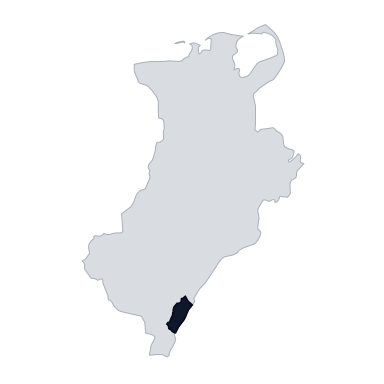 Kerki, Chardzhou, Turkmenistan shown in context, rotated 87°
{"feature_id": "10190150B1660542161476", "entity_name": "Kerki", "entity_type": "district", "adm_level": 2, "iso_a3": "TKM", "parent_name": "Turkmenistan", "parent_adm1": "Chardzhou", "projection": "mercator", "projection_center": [64.9, 38.442], "detail": "fine", "context": "in_parent", "style": "filled", "palette": "ink", "viewbox_px": 384, "rotation_deg": 87, "n_neighbors": 0, "source": "geoboundaries", "source_scale": "gbopen_adm2", "svg_char_len": 4542}
<svg xmlns="http://www.w3.org/2000/svg" viewBox="0 0 384 384"><g transform="rotate(87 192 192)"><path d="M109.2,124.1L127.6,125.1L133.2,125.9L135.6,123.2L135.5,122.6L134.6,122.0L133.2,120.1L132.0,107.6L133.6,105.8L135.5,104.5L138.1,100.5L139.5,99.3L141.6,98.3L148.7,98.0L151.6,97.2L154.2,92.7L154.7,90.0L156.6,87.9L157.7,88.0L162.5,89.8L163.5,90.7L165.1,94.0L166.9,93.8L167.2,93.3L166.9,92.5L165.6,90.5L162.6,86.7L159.7,84.3L159.4,83.5L161.9,81.6L167.0,82.4L168.2,81.8L169.5,78.8L176.2,85.6L177.4,86.3L182.7,87.2L183.6,88.1L185.4,92.0L187.2,93.1L189.4,93.8L198.9,93.9L201.8,96.5L202.3,97.2L201.7,99.0L201.5,102.5L200.8,104.0L201.3,104.6L204.6,106.0L206.6,108.3L206.8,109.2L206.2,109.9L204.6,109.6L203.9,110.6L203.9,112.4L205.0,114.1L205.3,115.7L203.7,119.3L203.7,120.9L204.2,121.7L212.6,127.2L214.0,127.3L222.2,126.4L223.7,127.0L230.8,128.2L232.8,128.0L234.2,126.2L235.5,125.6L236.7,125.5L240.1,126.6L243.7,129.0L246.1,131.1L247.3,133.0L250.5,143.6L252.7,148.0L255.2,150.2L257.0,154.3L258.5,163.3L259.5,165.1L263.4,168.6L283.1,183.1L289.1,189.5L298.3,195.7L301.7,195.0L308.9,201.5L313.5,204.0L319.4,207.9L331.8,216.8L334.5,217.2L337.4,215.9L340.1,216.6L344.7,218.9L349.7,222.3L354.0,223.5L355.2,225.0L355.3,225.8L352.9,230.1L352.5,235.5L352.8,242.8L351.6,242.9L343.2,240.9L335.3,236.4L333.4,237.9L332.4,239.4L330.4,245.6L319.7,246.0L313.4,249.1L307.6,269.4L306.3,271.9L302.8,275.2L296.7,278.4L295.7,279.7L295.5,280.9L294.7,281.3L291.3,281.3L278.4,285.7L275.6,285.7L274.4,286.0L273.9,286.8L275.3,290.8L274.2,292.0L273.4,294.0L272.7,297.4L264.2,302.8L262.4,303.5L259.0,302.9L257.3,303.5L255.4,305.2L254.6,304.7L254.2,303.0L253.2,301.8L248.0,297.5L241.9,298.2L239.6,297.8L237.8,297.1L235.0,294.6L233.2,292.2L231.3,292.5L230.7,291.4L230.7,290.1L231.2,288.5L231.1,285.4L230.0,283.3L228.8,282.3L230.1,278.8L230.1,276.2L229.3,273.4L228.9,269.3L229.2,265.3L228.0,263.2L210.0,263.4L203.6,254.0L200.9,251.7L192.0,247.7L189.5,245.6L187.5,243.3L187.0,240.0L186.0,238.1L184.6,237.8L177.6,234.1L174.8,233.1L170.9,234.0L168.6,232.9L166.0,234.4L164.9,234.5L162.0,233.6L158.4,230.2L155.5,228.8L149.2,226.6L144.9,225.9L141.0,224.6L140.6,224.1L140.5,221.2L139.9,220.0L138.8,218.5L137.3,217.5L130.7,217.6L127.6,216.5L125.2,216.3L119.9,216.5L118.2,217.3L117.2,218.2L116.6,221.0L116.0,221.4L110.9,221.5L100.0,220.9L95.4,222.3L88.4,226.7L84.3,230.3L83.1,231.9L80.7,238.4L79.7,239.3L78.3,240.0L76.9,240.2L70.5,242.7L68.0,243.3L61.5,243.0L60.0,233.5L59.5,225.9L60.2,215.4L59.8,208.7L60.9,198.3L60.5,195.8L57.2,191.2L56.7,188.1L54.7,187.9L51.4,185.2L48.2,184.1L46.6,184.1L45.1,184.9L44.1,186.4L43.3,184.0L43.3,181.4L45.9,176.1L47.5,177.7L49.4,178.3L54.4,178.0L53.9,176.2L51.3,174.3L50.8,171.9L51.0,169.4L51.7,167.1L50.9,166.1L49.8,165.6L47.1,165.6L40.1,164.7L39.3,167.5L41.3,171.1L38.1,167.0L35.9,162.7L34.5,157.7L34.3,152.3L37.0,143.6L39.1,132.8L41.8,137.3L43.8,139.3L48.1,140.6L50.2,140.3L52.5,139.1L54.6,139.5L58.1,144.2L60.5,144.7L65.6,142.9L68.0,142.5L70.1,143.3L72.2,143.3L71.3,141.2L70.9,139.0L72.2,137.9L76.2,139.1L79.4,137.9L79.9,137.3L80.2,135.5L79.8,131.8L79.0,130.2L77.2,128.0L70.1,122.8L67.7,120.7L65.7,118.0L62.5,107.2L60.0,100.3L59.0,99.5L54.9,98.9L47.0,100.6L44.2,100.2L42.9,101.0L39.7,103.9L38.2,106.4L36.2,112.1L37.7,113.9L36.5,123.5L37.2,127.5L37.0,127.8L34.6,122.8L31.4,117.7L28.7,109.9L33.4,104.9L37.4,101.2L41.7,98.5L46.2,96.7L56.3,93.9L61.8,92.9L66.3,92.7L69.8,94.4L79.2,100.7L83.3,104.2L84.4,105.6L85.5,109.0L92.4,119.9L94.0,121.4L96.7,124.9L99.2,125.9L109.2,124.1ZM43.0,200.1L42.7,201.5L41.5,197.3L40.9,192.7L41.7,191.4L42.6,191.5L41.7,193.2L43.0,200.1Z" fill="#d9dde1" stroke="#a8b0b8" stroke-width="1"/><path d="M303.4,198.9L301.2,201.3L299.1,202.5L295.9,204.0L296.1,204.2L295.9,204.2L295.9,204.4L296.9,205.7L297.7,206.6L297.8,207.6L297.8,208.1L300.9,208.6L301.4,209.1L302.5,210.6L302.3,211.7L302.3,212.7L303.8,214.1L305.8,216.0L307.3,216.5L308.5,216.9L309.1,217.1L310.1,216.8L310.3,216.9L311.4,217.5L312.0,217.6L313.8,217.9L314.2,218.0L316.2,219.1L316.6,219.4L318.2,220.1L319.5,220.7L320.2,220.8L321.1,222.2L321.1,223.0L321.5,223.2L321.9,223.6L322.6,224.1L323.3,223.4L323.7,223.1L323.9,222.9L324.6,222.7L324.8,222.6L325.2,222.5L325.2,222.4L326.9,222.4L327.6,221.9L327.8,221.6L327.9,221.3L328.0,221.2L328.3,220.7L328.7,220.2L328.9,220.0L329.2,219.7L329.4,219.4L329.5,219.4L330.2,219.2L330.7,218.4L331.0,217.8L331.2,217.6L331.5,217.1L331.9,215.8L331.7,215.7L326.1,212.5L322.5,209.5L319.6,206.9L316.8,205.2L313.7,203.8L310.9,202.4L309.6,201.8L304.8,197.5L303.4,198.9L303.4,198.9Z" fill="#0f172a" stroke="#020617" stroke-width="1.5"/></g></svg>